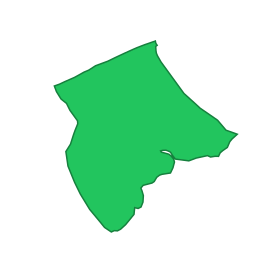 Ngerchemai, Koror, Palau (Natural Earth projection), rotated 141°
{"feature_id": "81905179B39054061568345", "entity_name": "Ngerchemai", "entity_type": "district", "adm_level": 2, "iso_a3": "PLW", "parent_name": "Palau", "parent_adm1": "Koror", "projection": "natural_earth1", "projection_center": [134.491, 7.348], "detail": "fine", "context": "isolated", "style": "filled", "palette": "green", "viewbox_px": 256, "rotation_deg": 141, "n_neighbors": 0, "source": "geoboundaries", "source_scale": "gbopen_adm2", "svg_char_len": 1216}
<svg xmlns="http://www.w3.org/2000/svg" viewBox="0 0 256 256"><g transform="rotate(141 128 128)"><path d="M158.8,207.0L160.7,201.3L161.8,192.7L160.3,185.8L162.0,178.2L162.7,165.4L164.4,162.9L170.9,159.3L174.5,157.1L182.9,151.6L191.1,148.8L198.6,136.2L203.7,119.3L206.1,108.9L206.6,106.7L207.0,103.8L209.0,88.8L208.8,72.6L208.8,65.5L206.4,57.7L203.3,56.9L200.9,54.7L197.4,54.0L190.6,54.4L177.7,57.1L172.9,61.9L170.8,59.1L167.6,58.4L163.0,61.0L158.6,65.8L156.7,70.3L155.8,73.2L152.3,73.9L143.9,70.1L141.3,69.9L136.7,71.6L133.2,71.5L130.7,70.6L123.3,66.3L118.1,68.8L113.3,72.3L112.1,75.1L112.1,79.2L112.8,82.0L115.5,85.8L117.3,88.2L117.1,89.7L115.2,88.9L112.5,86.9L110.9,84.2L110.2,82.4L110.7,78.4L110.7,75.5L110.7,74.0L101.4,64.2L93.9,61.7L83.6,56.5L82.1,53.5L78.1,51.2L75.5,49.0L72.0,50.7L68.6,50.8L63.0,50.4L57.5,53.3L53.9,54.0L47.0,54.4L53.2,64.6L53.5,77.7L59.5,98.1L60.3,103.8L62.8,119.6L60.8,158.5L59.7,165.4L58.9,168.2L57.6,170.5L55.1,174.0L53.3,173.9L53.1,176.3L52.0,178.4L59.0,180.9L62.5,182.2L70.6,184.8L73.8,185.7L82.9,188.1L93.8,190.8L101.6,192.6L114.0,196.8L122.2,197.7L127.0,199.1L133.4,200.2L137.8,201.0L147.6,203.7L153.7,205.2L158.8,207.0Z" fill="#22c55e" stroke="#15803d" stroke-width="1.5"/></g></svg>